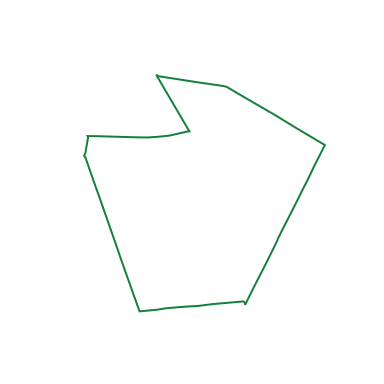 the district of Quan 10, Hồ Chí Minh city, Vietnam, rotated 222°
{"feature_id": "81297802B93335721036450", "entity_name": "Quan 10", "entity_type": "district", "adm_level": 2, "iso_a3": "VNM", "parent_name": "Vietnam", "parent_adm1": "Hồ Chí Minh city", "projection": "orthographic", "projection_center": [106.669, 10.773], "detail": "fine", "context": "isolated", "style": "outline", "palette": "green", "viewbox_px": 384, "rotation_deg": 222, "n_neighbors": 0, "source": "geoboundaries", "source_scale": "gbopen_adm2", "svg_char_len": 833}
<svg xmlns="http://www.w3.org/2000/svg" viewBox="0 0 384 384"><g transform="rotate(222 192 192)"><path d="M297.1,255.2L271.1,246.9L234.5,235.3L236.0,233.7L246.6,218.7L254.3,210.2L261.6,202.7L265.9,198.9L274.3,191.7L298.9,170.8L307.0,163.7L306.2,163.4L305.4,162.5L297.4,149.7L296.4,146.7L294.2,146.3L270.6,133.3L257.4,126.2L215.2,103.1L199.7,94.5L195.1,92.0L166.9,76.7L151.1,68.2L138.8,81.6L133.3,88.5L119.2,103.4L113.0,109.6L110.7,112.0L102.1,122.0L80.6,145.1L79.4,145.1L78.7,144.9L78.2,144.7L77.5,144.2L77.0,143.6L81.4,159.2L89.9,191.0L95.9,212.3L97.0,215.1L99.5,224.0L101.8,232.8L107.8,255.1L111.7,269.0L113.7,276.8L118.5,293.0L124.7,315.8L135.2,313.7L159.2,308.9L186.2,303.9L187.5,303.5L223.8,295.9L236.8,293.3L240.1,291.4L252.0,283.5L259.8,278.2L294.4,255.6L297.1,255.2Z" fill="none" stroke="#15803d" stroke-width="2"/></g></svg>